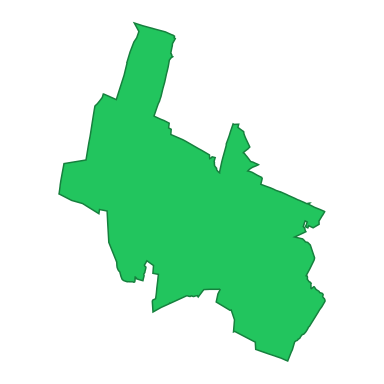 the district of Teotihuacán, México, Mexico
{"feature_id": "50627088B35797567897196", "entity_name": "Teotihuacán", "entity_type": "district", "adm_level": 2, "iso_a3": "MEX", "parent_name": "Mexico", "parent_adm1": "México", "projection": "equal_earth", "projection_center": [-98.867, 19.693], "detail": "fine", "context": "isolated", "style": "filled", "palette": "green", "viewbox_px": 384, "rotation_deg": 0, "n_neighbors": 0, "source": "geoboundaries", "source_scale": "gbopen_adm2", "svg_char_len": 5849}
<svg xmlns="http://www.w3.org/2000/svg" viewBox="0 0 384 384"><path d="M255.7,349.4L268.0,353.7L281.0,358.1L285.5,360.1L287.7,361.0L291.1,352.4L292.4,349.6L294.5,342.4L294.7,341.9L295.6,341.1L296.4,340.7L297.3,340.4L297.8,339.8L298.2,339.4L298.3,339.0L298.7,338.9L299.2,338.7L299.8,338.2L300.3,337.3L300.8,336.4L301.4,335.7L302.0,334.9L302.5,334.5L303.7,334.2L305.5,332.3L306.6,330.7L307.4,329.4L308.0,328.3L308.4,327.2L309.3,326.5L318.0,312.5L318.4,311.8L319.5,309.9L320.5,308.5L320.9,308.0L321.6,307.1L322.8,305.1L325.0,301.3L325.0,300.2L324.4,298.7L324.2,298.6L322.9,297.1L322.7,296.2L323.1,295.0L323.1,294.4L322.3,293.4L321.5,293.1L319.6,292.5L319.1,291.4L316.1,289.5L314.4,287.0L314.2,286.8L314.0,286.7L313.9,286.7L311.4,288.6L311.2,288.6L311.0,288.4L310.9,288.2L310.9,287.7L311.0,286.8L310.9,283.9L311.2,283.3L310.5,282.6L310.0,282.0L309.8,281.9L309.5,281.9L309.3,281.9L307.2,279.1L307.5,278.1L307.3,276.2L306.1,275.8L309.9,268.7L314.0,260.3L314.4,258.9L314.6,257.9L310.3,245.0L307.7,242.4L305.4,241.9L304.1,240.2L303.5,239.9L303.0,239.2L302.6,238.9L294.6,237.0L305.9,231.7L305.5,231.1L305.0,229.7L304.8,228.4L303.2,226.6L304.0,224.6L303.8,224.5L305.1,220.9L307.2,222.0L306.0,225.6L305.8,225.7L305.4,226.7L307.8,227.9L308.2,226.9L308.3,226.8L308.7,225.7L313.1,227.8L319.1,224.3L319.0,221.0L322.4,215.4L322.5,215.4L324.7,211.7L324.4,211.4L320.3,209.6L316.0,207.9L314.5,207.3L308.5,204.2L309.8,203.1L309.5,203.1L308.5,203.3L308.0,203.3L307.7,203.5L307.1,203.6L306.7,203.6L305.7,203.2L304.1,202.4L300.6,200.9L299.3,200.3L298.9,200.2L297.4,199.6L295.8,198.8L295.0,198.4L293.0,197.5L291.2,196.7L290.1,196.2L288.7,195.6L286.5,194.5L283.1,193.0L281.3,192.2L280.9,192.0L280.3,191.8L280.3,192.0L278.4,191.2L276.0,190.4L273.4,189.1L270.6,187.9L266.7,186.5L265.6,186.1L264.8,185.8L263.7,185.4L260.8,184.3L261.5,181.5L262.2,178.6L261.7,177.4L259.2,176.2L257.2,175.2L252.5,172.5L251.3,172.0L249.5,171.4L247.7,171.0L248.5,170.1L249.3,169.4L250.7,168.4L252.5,167.3L256.4,165.7L257.0,165.4L257.9,165.0L258.5,164.7L258.2,164.5L255.6,163.4L252.9,162.1L250.6,161.5L249.1,159.4L247.2,156.9L245.4,154.8L245.0,154.2L244.4,153.5L243.3,152.8L244.1,151.9L246.1,150.3L248.2,148.7L248.7,148.1L249.8,147.0L245.7,138.3L244.7,135.9L243.9,133.6L243.7,131.7L237.9,127.4L238.7,124.2L233.9,124.4L233.1,123.9L230.5,131.5L229.2,135.8L228.2,138.6L226.3,143.7L226.2,145.5L224.8,150.7L222.8,157.8L221.7,162.1L220.8,166.3L219.6,171.9L219.6,172.8L219.1,172.5L217.8,171.3L217.7,171.1L217.5,170.8L217.2,170.6L217.0,170.4L216.7,169.8L216.7,169.1L216.6,168.6L216.5,168.1L216.3,168.0L216.1,167.9L215.9,167.4L215.5,167.0L215.1,166.5L214.9,166.1L214.7,165.9L214.5,165.5L214.5,165.2L214.5,164.4L214.3,164.0L214.3,163.8L214.4,163.5L214.4,163.4L214.4,163.2L214.5,162.9L214.4,162.4L214.1,161.8L214.5,159.9L215.2,157.6L212.1,156.8L211.7,157.4L211.4,157.7L209.7,158.6L209.6,158.0L209.5,155.0L209.1,154.7L201.4,150.2L198.6,148.7L185.6,141.2L182.8,139.7L170.8,134.5L171.2,129.3L168.6,127.9L169.2,123.2L164.0,120.5L161.1,119.4L155.2,116.7L154.0,116.0L154.8,113.7L156.0,110.2L157.2,106.7L158.2,103.9L159.5,101.2L160.1,99.1L161.0,96.5L162.8,88.9L164.7,82.1L166.5,73.7L167.2,71.1L168.2,66.8L168.7,64.0L169.3,60.4L169.5,59.9L169.8,59.5L170.7,58.4L170.7,58.1L172.3,57.0L172.8,56.7L172.7,56.6L172.2,56.3L171.8,55.9L171.7,55.7L171.7,55.4L171.8,55.3L171.8,54.9L171.7,54.7L171.2,53.8L171.2,53.7L170.9,53.6L170.7,53.3L170.7,53.2L170.9,52.9L170.9,52.5L171.1,51.5L171.9,47.5L172.3,45.8L172.5,43.6L175.3,38.6L174.9,38.3L174.3,37.7L174.2,37.7L174.4,36.7L174.5,36.2L172.9,35.1L171.6,34.7L165.4,31.9L155.7,29.3L142.6,25.7L134.3,23.0L138.9,31.5L136.7,37.8L133.9,42.0L130.1,51.9L126.8,62.8L127.0,63.2L124.1,75.2L117.9,94.5L116.3,99.6L104.1,94.2L103.3,94.0L102.3,97.4L99.9,100.6L97.1,104.0L95.1,105.8L94.8,106.7L93.3,115.8L90.1,136.3L88.8,143.0L86.0,160.0L64.0,163.6L62.6,171.1L60.8,180.9L60.5,183.0L60.3,184.2L60.0,187.0L59.2,193.0L59.1,193.7L59.0,193.9L71.6,200.4L82.5,203.5L98.9,213.7L99.5,209.5L107.1,211.0L107.7,222.8L108.8,242.4L116.2,260.8L116.5,261.7L116.7,261.8L116.8,263.6L116.9,265.6L117.1,267.2L117.2,267.6L117.7,268.9L118.2,270.0L118.6,270.7L119.4,271.5L119.7,271.8L120.0,272.4L120.1,273.2L120.5,274.5L120.8,275.9L121.9,278.8L122.2,279.4L123.0,280.1L123.6,280.5L124.0,280.7L124.9,281.0L125.4,281.2L125.8,281.3L127.2,281.8L127.6,281.7L130.8,281.8L132.3,281.8L133.0,281.9L133.7,282.2L134.3,282.1L134.6,282.0L134.7,281.8L134.8,281.6L134.8,281.4L134.9,281.0L135.0,280.4L135.0,280.2L135.0,279.8L135.0,279.7L135.0,279.1L135.0,278.1L135.1,277.5L135.2,277.0L135.6,277.2L135.9,277.7L136.3,278.0L136.0,278.7L136.5,278.8L138.7,279.5L141.4,280.3L142.9,280.7L143.1,280.0L143.2,279.3L144.0,276.2L144.1,275.7L143.8,274.4L143.9,273.8L144.8,272.6L144.9,272.1L145.0,271.4L145.7,268.6L145.9,267.7L145.9,267.3L145.8,266.9L145.5,266.6L145.0,266.5L144.7,265.7L144.4,265.2L144.6,264.6L145.2,263.9L145.7,263.0L146.1,262.2L146.7,261.2L146.9,260.8L153.5,265.5L153.2,269.6L152.9,273.3L156.0,273.9L158.4,274.4L158.0,277.9L157.7,281.0L157.5,282.6L156.8,288.3L156.4,292.9L156.0,296.0L155.7,298.0L155.6,298.5L155.4,298.8L155.1,299.0L153.0,299.9L152.6,300.4L152.5,300.6L152.3,301.4L153.0,312.0L158.3,309.0L161.2,307.4L168.7,304.0L169.1,303.7L169.6,303.2L169.8,303.5L186.6,295.8L186.8,295.8L187.2,295.8L188.0,296.0L189.2,296.4L189.5,296.4L190.1,296.5L190.3,296.4L190.5,296.3L190.9,296.0L191.1,295.9L191.3,295.8L191.5,295.8L191.9,296.1L192.0,296.1L192.4,296.1L192.6,296.3L193.2,296.5L193.5,296.5L193.9,296.5L195.2,296.0L196.2,295.8L197.0,295.7L197.3,295.6L197.5,295.6L197.6,295.9L197.6,296.2L197.7,296.3L198.2,297.0L200.6,293.8L202.4,291.4L203.8,289.6L209.8,289.3L212.7,289.3L216.8,289.3L218.2,289.3L219.3,289.1L219.6,289.3L220.1,289.7L219.3,291.2L217.9,294.0L217.7,295.0L216.2,302.0L230.0,310.3L231.2,310.0L234.5,319.8L233.5,331.9L234.7,331.4L255.4,342.2L255.3,342.7L255.7,349.4Z" fill="#22c55e" stroke="#15803d" stroke-width="1.5"/></svg>